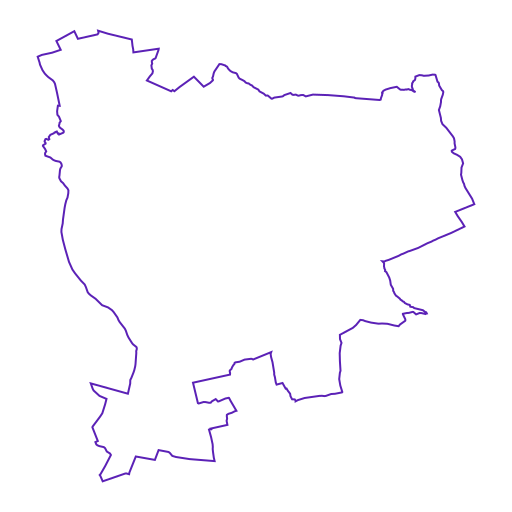 outline of Albesti, Vaslui, Romania
{"feature_id": "2599482B63481497908108", "entity_name": "Albesti", "entity_type": "district", "adm_level": 2, "iso_a3": "ROU", "parent_name": "Romania", "parent_adm1": "Vaslui", "projection": "natural_earth1", "projection_center": [27.866, 46.507], "detail": "fine", "context": "isolated", "style": "outline", "palette": "violet", "viewbox_px": 512, "rotation_deg": 0, "n_neighbors": 0, "source": "geoboundaries", "source_scale": "gbopen_adm2", "svg_char_len": 5860}
<svg xmlns="http://www.w3.org/2000/svg" viewBox="0 0 512 512"><path d="M425.4,314.0L425.5,313.8L426.8,313.5L426.2,312.3L425.0,311.9L422.9,310.2L414.2,308.1L413.2,307.2L410.3,306.7L409.7,304.9L407.5,304.4L404.8,303.0L403.9,301.8L402.6,301.3L401.7,300.3L400.5,299.7L399.9,298.7L397.1,296.4L396.0,295.7L394.4,293.3L394.1,292.3L393.2,290.8L393.1,288.8L390.8,284.8L390.2,280.6L389.2,277.5L386.4,272.1L385.0,271.1L385.2,270.0L384.3,268.2L384.3,267.4L384.0,266.6L384.1,263.6L383.8,262.8L382.4,261.3L384.4,261.5L385.7,260.8L388.7,259.9L398.7,255.8L401.4,254.3L403.2,253.7L408.4,251.3L409.4,251.1L418.0,248.0L427.5,243.2L431.5,241.6L433.2,240.6L435.5,239.7L438.1,238.3L451.3,232.9L464.5,226.5L461.8,222.0L457.7,216.1L455.2,211.9L474.3,204.2L472.1,198.7L465.4,187.9L464.5,185.9L464.0,183.8L463.2,182.4L462.4,180.1L461.0,174.6L461.3,173.0L461.5,167.6L463.1,163.4L462.0,159.4L460.2,156.8L457.0,154.8L453.7,153.3L451.9,151.8L451.7,150.8L452.1,150.4L455.1,149.0L455.3,148.5L455.4,147.4L454.6,143.5L454.6,141.3L454.0,138.3L452.9,136.4L446.3,127.8L442.5,124.2L441.1,120.8L440.9,118.0L438.9,110.0L440.2,106.3L441.0,102.0L441.0,100.2L441.2,99.1L442.8,94.7L443.3,92.1L443.1,91.2L441.9,90.2L439.2,85.6L438.9,83.4L438.6,82.6L437.5,81.7L435.5,75.0L435.0,74.7L432.6,74.6L428.7,75.5L423.8,75.8L421.9,75.3L419.3,75.1L415.4,76.6L415.3,78.8L414.9,80.0L413.1,81.4L412.9,82.3L412.1,83.3L412.2,84.1L411.9,85.5L411.9,86.9L412.7,88.9L412.9,89.9L413.5,90.7L414.8,91.6L414.7,91.8L414.0,91.6L411.3,89.8L410.3,89.9L408.4,89.1L406.6,89.6L406.1,89.4L404.1,89.8L400.7,89.7L400.0,89.4L396.8,86.8L390.4,88.1L385.6,89.6L383.4,90.8L382.6,91.9L382.6,92.8L382.1,92.8L382.2,94.8L380.9,98.3L380.7,99.6L379.7,100.0L356.0,98.2L354.9,98.0L354.5,97.6L343.9,96.3L328.2,95.1L312.9,94.6L305.8,96.4L303.2,95.0L300.9,95.1L298.7,95.7L297.9,95.6L295.8,94.6L293.5,94.9L292.4,94.7L290.5,93.0L284.3,95.1L283.0,96.2L282.1,96.5L274.3,97.6L272.2,98.7L271.5,98.7L268.0,95.7L267.6,95.5L265.8,95.6L263.8,93.7L259.5,91.4L258.3,89.6L253.6,87.2L251.9,85.4L250.4,84.8L248.6,83.4L247.4,83.3L245.6,82.5L244.5,81.2L242.4,80.0L239.7,78.7L238.7,77.7L236.9,73.9L235.9,73.1L232.7,72.3L230.4,71.0L228.6,69.2L227.8,68.1L227.2,66.9L226.5,66.3L225.7,66.1L225.3,65.5L221.4,64.2L219.4,64.1L214.4,71.5L213.7,73.3L213.0,76.5L212.3,77.9L212.4,78.7L212.9,79.5L212.9,80.3L210.0,83.0L203.7,86.7L193.9,76.7L179.6,87.0L174.4,91.2L172.7,90.0L171.2,91.3L146.9,80.5L149.9,76.3L152.4,73.4L152.9,71.2L152.6,69.8L151.8,68.7L151.4,65.4L152.2,63.6L151.9,62.4L151.8,61.0L152.7,59.8L153.8,59.1L154.9,58.7L155.6,58.1L158.5,50.0L158.7,48.7L133.4,52.4L133.2,49.4L132.5,45.8L131.8,39.5L107.9,33.7L98.1,30.7L98.5,32.4L98.4,33.2L97.5,34.4L77.9,38.8L74.3,31.2L56.4,41.0L60.7,49.8L52.1,52.7L41.9,54.9L37.7,56.7L39.6,62.7L40.0,64.6L42.5,70.2L44.8,73.6L46.6,75.5L48.3,77.1L52.8,80.4L54.2,82.2L55.0,83.9L57.0,92.7L59.7,105.8L57.9,105.7L57.1,111.2L57.4,114.8L59.0,116.7L60.8,121.1L59.5,122.9L59.5,123.7L58.9,125.7L59.2,126.6L60.0,127.7L62.6,129.6L63.6,130.7L63.8,131.9L63.3,132.7L59.1,134.5L58.6,133.4L57.8,133.6L56.8,131.5L55.5,132.0L55.3,132.4L54.5,132.5L53.8,133.3L50.4,134.8L48.8,137.0L49.3,139.2L48.3,139.8L46.4,138.9L45.5,139.1L44.7,140.8L44.6,141.6L45.5,142.8L45.6,143.6L43.0,145.3L42.9,145.9L45.1,149.0L46.2,151.4L45.2,152.9L45.0,154.0L45.4,155.7L50.4,157.5L52.8,159.6L54.1,160.3L55.6,160.9L59.5,161.7L60.6,162.5L61.5,164.1L61.8,165.7L61.7,166.4L60.4,168.5L60.0,169.9L59.5,175.2L59.2,177.1L59.4,178.3L61.0,181.3L63.1,183.1L64.8,185.5L67.5,188.5L68.4,190.3L68.3,193.2L67.5,197.6L66.3,200.3L65.3,204.2L64.6,207.9L63.0,219.5L62.7,223.5L61.5,229.1L61.4,232.0L62.8,239.7L65.2,248.9L69.0,261.9L72.4,269.5L75.1,273.4L80.9,280.6L84.7,284.5L85.9,287.1L87.7,292.2L88.9,293.7L90.8,295.4L95.6,298.8L102.1,305.2L108.0,307.4L111.9,310.1L113.6,312.0L117.4,317.4L118.5,320.1L119.7,322.1L124.8,328.6L125.8,330.6L127.3,335.0L128.5,337.5L131.9,342.9L133.0,344.3L136.4,347.0L136.8,348.1L136.7,349.5L136.2,351.0L136.3,353.0L135.5,364.2L135.2,366.3L134.3,370.1L133.5,372.5L131.4,377.8L130.3,380.0L130.2,383.6L127.9,393.7L90.8,383.4L92.7,388.8L93.6,390.5L99.5,395.9L106.5,398.9L105.1,404.4L102.3,413.3L100.1,416.6L92.6,426.6L92.4,427.3L97.8,441.0L95.4,442.1L96.3,444.4L97.4,445.3L99.3,446.1L103.8,447.1L105.1,448.2L106.8,451.5L110.0,453.5L110.9,455.0L105.1,466.2L100.6,474.0L99.7,475.0L100.3,475.8L102.7,481.3L125.0,473.6L126.1,473.4L129.1,474.2L129.4,472.5L135.8,456.5L154.9,459.9L158.6,450.1L168.6,452.0L169.8,452.9L172.3,455.9L176.0,457.0L189.6,459.1L214.6,461.1L213.8,457.6L213.0,451.9L212.7,449.0L212.8,446.9L212.6,444.2L211.1,437.2L209.0,429.6L210.2,429.2L211.4,429.3L211.6,429.0L211.1,428.5L227.4,424.9L226.6,420.8L227.1,418.6L226.8,416.1L226.9,414.8L228.5,413.8L231.8,412.8L234.7,411.3L236.4,410.8L230.7,401.1L229.0,397.9L228.8,397.8L225.4,398.5L218.7,401.4L218.0,401.5L215.7,399.1L211.9,401.3L210.7,402.7L209.1,402.8L205.7,402.1L203.6,402.0L198.7,403.5L197.9,403.1L193.0,382.7L230.0,374.6L230.1,373.1L229.7,371.3L229.8,370.5L231.5,368.9L232.0,367.4L233.3,365.2L234.4,364.0L234.6,362.9L235.3,362.4L239.7,361.7L244.6,359.6L251.0,358.8L251.9,358.9L253.1,359.5L271.2,352.1L270.6,353.9L271.1,357.1L272.5,362.2L274.2,372.6L274.2,374.6L274.9,377.1L275.8,382.5L276.6,384.6L282.5,383.0L285.7,388.7L286.5,388.5L287.8,390.7L290.1,393.7L290.5,396.2L292.1,399.3L294.7,399.4L295.6,400.6L295.6,401.3L297.9,400.1L304.6,398.0L319.4,395.9L322.0,395.8L324.4,396.1L325.9,395.9L331.2,394.0L334.9,393.8L342.0,392.4L342.3,392.0L340.3,385.5L339.2,379.1L339.9,372.7L340.5,370.8L339.9,361.0L339.7,353.1L340.6,345.7L341.5,342.9L340.0,339.1L339.9,334.8L352.8,327.9L356.1,325.0L360.3,319.9L363.0,320.2L365.2,321.1L371.1,322.6L378.5,323.7L382.1,323.5L387.5,323.8L394.3,325.5L398.6,326.2L400.0,324.5L405.2,320.8L405.4,320.1L405.2,319.0L402.9,314.3L402.9,313.8L406.9,313.0L408.8,312.9L412.6,311.9L413.4,312.0L416.1,314.4L419.6,313.0L421.5,313.1L425.4,314.0Z" fill="none" stroke="#5b21b6" stroke-width="2"/></svg>